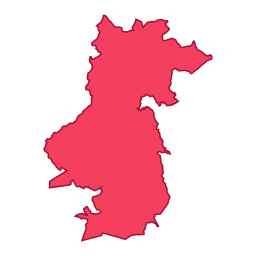 outline of Tlacolulan, Veracruz, Mexico
{"feature_id": "50627088B39576903361064", "entity_name": "Tlacolulan", "entity_type": "district", "adm_level": 2, "iso_a3": "MEX", "parent_name": "Mexico", "parent_adm1": "Veracruz", "projection": "orthographic", "projection_center": [-97.003, 19.702], "detail": "fine", "context": "isolated", "style": "filled", "palette": "rose", "viewbox_px": 256, "rotation_deg": 0, "n_neighbors": 0, "source": "geoboundaries", "source_scale": "gbopen_adm2", "svg_char_len": 5728}
<svg xmlns="http://www.w3.org/2000/svg" viewBox="0 0 256 256"><path d="M125.4,239.2L130.5,235.9L133.2,234.8L134.5,235.0L136.6,234.3L137.4,234.7L143.9,234.4L144.1,233.3L143.5,231.0L144.7,229.6L146.4,223.2L147.2,222.5L149.1,222.9L151.2,221.8L152.2,222.4L153.1,222.4L156.1,224.1L157.1,226.1L157.8,226.5L158.4,226.3L154.0,218.0L154.4,215.7L154.8,215.9L154.7,214.9L155.4,214.5L160.6,213.8L167.3,204.3L168.1,202.6L168.7,199.9L169.8,198.0L169.7,196.3L169.4,195.7L168.6,195.0L167.6,192.9L166.9,192.1L167.0,188.8L165.3,184.6L165.3,183.7L164.4,183.0L163.3,181.3L163.1,180.6L163.7,179.5L163.7,178.8L163.5,178.1L161.9,176.7L162.0,175.7L161.7,175.3L161.9,174.4L163.4,173.0L162.5,169.8L162.7,169.4L162.4,169.2L162.8,168.3L162.2,167.4L162.8,166.3L162.2,164.8L161.2,163.5L160.2,155.6L158.1,154.4L157.5,153.4L157.5,152.8L157.7,152.4L159.6,151.6L160.4,151.8L161.7,152.8L165.1,152.1L166.0,152.3L166.6,153.0L167.5,153.4L168.9,153.4L170.1,153.9L169.6,152.2L169.0,151.6L166.8,150.5L165.1,150.4L164.4,149.8L164.6,149.3L165.6,148.7L165.7,148.1L163.9,147.4L162.4,144.7L162.9,141.0L162.3,140.8L162.2,140.0L161.4,139.7L161.5,138.6L160.3,138.0L159.5,132.5L158.6,132.1L158.4,130.2L158.7,129.7L158.2,129.3L157.0,129.8L156.4,128.8L157.2,125.5L158.2,124.0L154.9,119.5L153.7,115.3L154.1,113.9L153.4,112.1L151.8,109.7L151.5,109.9L148.4,107.1L146.8,107.2L146.6,106.6L145.5,107.2L145.4,107.8L144.2,108.0L143.9,107.6L143.7,108.1L144.7,108.9L144.0,109.5L142.5,108.3L141.9,108.5L140.8,110.6L139.6,109.6L139.2,110.3L138.6,110.0L138.0,109.1L137.1,108.4L138.2,108.1L138.7,108.4L139.5,107.6L139.8,106.0L140.5,105.4L140.3,104.7L140.9,103.7L139.9,101.9L141.4,99.7L141.0,97.3L142.9,96.9L143.3,96.3L144.7,96.2L146.1,94.7L148.7,95.2L149.8,96.6L150.6,96.6L151.7,95.9L152.3,95.9L153.3,96.6L155.4,99.8L156.5,102.5L158.4,104.3L159.2,106.0L160.9,104.9L160.4,104.0L160.8,103.6L160.4,102.2L161.0,102.4L162.4,102.1L162.6,102.7L163.2,103.2L163.7,102.7L165.1,102.6L165.1,103.3L166.6,105.2L166.7,105.7L167.8,105.3L169.6,105.6L171.9,104.5L172.1,105.1L174.3,103.5L175.4,103.4L178.3,101.3L177.2,100.7L176.4,99.3L174.1,98.0L173.9,97.3L175.8,94.7L175.6,94.3L174.7,94.5L174.2,94.0L174.8,93.0L172.5,92.5L169.4,89.8L169.3,87.7L168.8,87.1L170.6,85.0L171.0,83.4L170.5,80.1L171.2,78.3L171.9,73.9L172.1,70.3L173.2,69.9L174.1,68.7L175.4,68.3L176.1,68.7L176.3,69.6L178.0,69.5L178.4,69.9L178.5,70.8L186.1,70.4L187.4,71.2L188.8,71.3L189.8,72.0L190.1,72.9L191.5,73.6L196.6,69.6L197.9,68.9L200.9,65.8L206.1,61.8L206.4,61.1L211.3,59.2L211.9,58.4L211.6,55.8L210.1,54.8L208.9,55.6L207.2,56.0L206.5,55.3L205.2,55.0L203.2,53.0L199.7,50.5L198.7,50.4L197.4,49.7L196.4,47.2L195.7,46.8L194.5,42.0L193.9,41.1L193.2,41.7L192.2,44.2L190.8,45.9L185.1,46.7L182.0,47.6L181.0,47.2L179.3,44.6L177.8,43.2L176.8,42.8L175.9,40.1L173.9,39.0L171.7,38.3L165.4,40.6L163.8,40.6L162.8,39.9L162.1,37.0L162.7,35.0L163.3,34.2L166.3,32.5L169.0,29.7L169.2,28.4L166.4,26.0L165.7,24.6L166.0,23.1L167.4,22.2L167.8,21.3L167.2,20.8L164.4,20.8L164.0,20.4L163.1,20.4L162.2,19.8L160.2,19.6L157.0,20.4L155.6,21.3L154.3,21.7L150.8,21.7L150.0,22.0L147.6,22.2L142.9,27.4L141.5,21.9L137.3,19.8L135.8,19.4L136.0,19.9L134.7,23.2L133.4,25.7L132.4,27.0L132.5,28.1L133.6,30.2L131.6,30.2L131.4,30.7L130.1,30.4L128.5,31.7L125.9,31.9L123.6,31.8L122.3,31.1L121.6,27.7L119.6,27.2L114.9,27.0L110.2,21.1L109.2,20.8L106.3,16.3L104.1,15.4L103.4,15.5L102.7,19.3L102.1,19.8L100.6,22.7L97.5,24.9L96.6,25.9L97.4,26.1L97.9,26.6L98.5,30.5L99.7,31.6L99.8,32.3L98.5,34.4L98.5,36.0L97.2,38.6L93.3,41.7L91.9,43.1L91.7,43.8L92.4,45.6L94.8,45.4L95.5,45.8L96.3,47.3L96.5,48.7L96.0,48.8L96.4,49.4L97.6,49.9L98.4,51.9L98.9,51.7L99.6,51.9L99.6,52.3L100.4,52.3L100.8,53.3L101.2,53.5L101.1,54.1L100.1,54.7L98.8,56.3L93.3,59.1L91.6,58.7L91.2,56.9L90.6,56.6L90.0,57.0L90.0,58.7L89.4,59.5L89.9,60.1L89.5,60.8L89.7,61.7L92.1,64.8L92.1,68.5L89.9,72.0L88.3,72.9L87.8,74.2L87.3,78.0L87.8,79.4L89.3,80.4L89.3,81.2L88.7,81.8L88.0,84.2L86.4,85.5L85.8,87.8L85.9,89.5L86.6,89.4L89.6,90.7L90.2,92.3L90.0,93.5L90.5,94.1L90.7,95.5L92.4,95.8L92.5,96.7L91.1,98.7L91.7,99.9L91.3,103.8L90.5,105.4L88.6,106.0L87.9,107.1L85.7,109.2L85.2,109.3L84.4,110.3L83.4,110.5L82.3,113.6L79.3,115.1L77.8,116.6L76.0,121.1L75.6,121.5L74.8,121.3L74.1,122.1L74.0,122.8L72.3,123.4L70.9,123.1L69.9,123.3L66.1,126.1L66.1,126.5L64.1,126.0L62.3,126.9L61.0,129.6L60.0,130.2L59.7,130.9L58.9,131.5L58.0,131.7L57.4,132.1L57.2,132.6L56.2,133.1L55.1,132.4L54.0,132.6L53.4,133.1L53.3,133.9L52.8,134.7L51.8,135.6L52.2,136.5L52.0,136.9L51.0,137.5L50.2,138.7L49.1,139.1L47.3,138.7L47.0,139.9L45.7,140.7L46.8,143.2L46.3,143.4L45.8,144.4L46.1,145.3L44.3,148.1L44.1,149.3L44.3,150.2L45.0,151.1L47.9,153.3L48.4,154.1L48.3,157.4L50.9,158.9L51.8,160.6L51.9,161.6L55.4,165.1L56.1,166.7L58.4,169.2L60.7,170.3L60.8,169.2L61.5,167.4L66.9,170.7L49.8,181.3L49.5,187.8L69.2,185.0L70.8,184.3L71.1,183.4L70.8,182.9L71.0,181.0L72.8,180.1L73.1,181.3L74.7,183.0L75.4,184.9L76.4,186.3L78.1,186.7L79.6,186.1L81.0,187.5L81.9,187.4L83.6,188.7L84.9,187.6L85.0,187.0L86.0,186.6L87.6,187.4L88.3,186.7L88.5,187.3L89.6,188.2L94.0,190.3L94.4,190.8L98.4,189.1L101.2,187.5L100.6,188.5L100.7,189.1L102.1,191.1L100.5,193.7L100.4,194.4L92.7,197.2L92.2,199.2L92.2,200.2L93.8,202.7L94.9,206.5L96.8,209.7L97.7,209.6L99.5,210.1L100.8,211.6L100.4,212.4L99.6,213.2L98.6,213.2L98.2,213.6L97.1,213.7L96.2,214.1L90.6,213.2L90.3,210.8L88.7,209.5L87.4,206.8L86.8,206.7L86.0,207.0L83.7,209.0L84.8,212.8L87.1,214.6L87.1,215.3L85.7,215.4L82.7,213.7L81.2,213.7L78.5,214.2L78.2,214.7L76.1,215.2L75.2,216.4L77.5,216.7L79.5,217.3L81.1,218.7L85.3,218.6L87.5,219.5L87.6,222.4L87.3,222.9L86.2,223.8L85.7,225.1L85.7,225.8L86.5,227.5L81.9,240.6L101.4,235.5L102.0,234.4L101.9,233.7L103.4,233.1L120.4,237.8L121.9,238.6L125.4,239.2Z" fill="#f43f5e" stroke="#9f1239" stroke-width="1.5"/></svg>